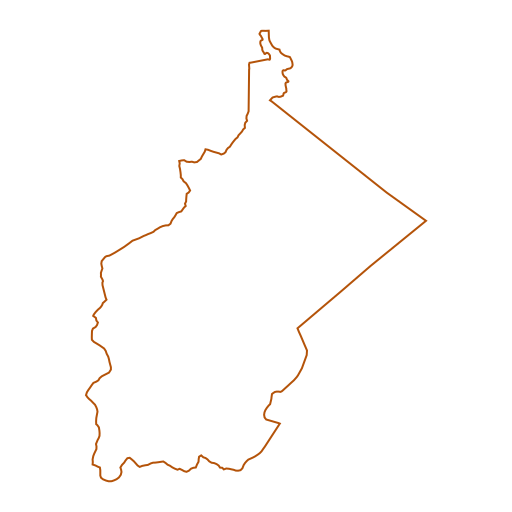 outline of Su-Ngai Padi, Narathiwat, Thailand
{"feature_id": "78962969B52628429870613", "entity_name": "Su-Ngai Padi", "entity_type": "district", "adm_level": 2, "iso_a3": "THA", "parent_name": "Thailand", "parent_adm1": "Narathiwat", "projection": "mercator", "projection_center": [101.895, 6.128], "detail": "fine", "context": "isolated", "style": "outline", "palette": "amber", "viewbox_px": 512, "rotation_deg": 0, "n_neighbors": 0, "source": "geoboundaries", "source_scale": "gbopen_adm2", "svg_char_len": 5802}
<svg xmlns="http://www.w3.org/2000/svg" viewBox="0 0 512 512"><path d="M93.2,315.9L95.9,317.9L96.4,320.6L97.9,322.5L97.0,325.1L95.6,327.0L92.9,328.6L92.0,330.9L91.9,333.3L91.8,337.3L91.9,339.8L93.9,341.9L96.6,343.5L99.7,345.4L104.1,348.5L105.7,350.9L106.7,353.8L108.2,356.6L108.9,359.0L109.5,362.0L110.3,365.0L110.9,367.2L110.9,369.6L109.0,372.6L103.7,375.3L101.8,376.3L99.6,378.2L98.4,380.3L96.4,381.6L93.4,382.9L91.6,385.3L90.0,387.7L88.4,389.9L86.9,392.3L86.0,395.2L86.7,396.1L87.4,397.2L89.1,399.0L91.0,400.6L93.0,402.7L95.0,404.7L96.3,407.2L97.1,409.4L97.5,411.7L96.9,414.8L96.3,418.0L96.1,421.1L96.2,424.2L97.3,425.1L98.9,427.4L99.4,430.6L99.6,433.1L99.5,435.9L98.7,438.1L97.6,440.1L96.0,444.0L96.5,446.5L96.4,449.1L94.2,453.7L93.3,456.0L92.6,459.4L92.8,462.1L92.6,464.5L95.5,465.5L97.8,466.7L99.9,467.5L100.3,470.2L100.3,475.6L101.0,477.7L103.0,479.3L106.1,480.6L108.8,481.3L111.7,481.2L114.2,480.3L116.6,479.2L118.9,477.5L120.8,474.8L121.5,472.0L121.1,469.7L120.4,467.5L122.0,464.9L124.2,462.6L125.5,460.5L127.4,458.2L129.7,457.8L131.6,459.3L133.9,461.3L137.6,465.5L139.7,466.9L142.2,465.9L145.1,465.3L147.9,464.9L150.8,463.4L153.0,462.7L155.4,462.6L158.5,462.2L161.1,461.8L163.3,461.5L165.5,462.9L167.6,464.7L169.9,465.7L172.2,467.3L174.7,468.6L177.5,469.7L179.6,468.8L182.1,470.0L184.2,471.2L186.5,471.8L188.9,470.7L191.0,468.7L193.3,467.8L195.8,467.5L197.0,464.5L198.5,461.8L198.7,459.0L199.1,456.7L201.2,455.4L203.3,457.3L205.5,458.0L207.5,459.4L209.2,461.3L211.5,462.7L214.2,463.1L216.6,464.1L218.7,465.6L220.0,467.6L222.3,467.8L223.8,469.4L226.3,468.5L229.2,468.8L231.3,469.3L233.7,469.8L235.8,470.6L238.1,470.7L240.5,470.2L242.4,468.3L243.7,465.0L245.1,462.9L246.6,461.2L248.3,459.6L250.8,458.5L253.0,457.5L254.9,456.5L257.8,454.6L259.7,453.2L261.5,451.4L263.2,448.9L264.8,446.7L279.8,423.6L278.6,423.1L266.2,419.5L264.6,417.5L264.1,414.8L264.5,412.3L265.4,410.1L266.8,407.9L268.7,405.5L270.1,404.2L271.4,398.7L271.5,397.4L272.0,394.0L273.0,393.2L274.8,392.0L276.7,391.6L278.6,391.6L280.4,391.9L281.6,391.4L282.5,390.7L285.0,388.4L287.9,385.8L290.9,383.0L293.9,380.3L296.8,377.0L298.0,375.3L301.9,368.3L306.7,355.1L307.0,350.5L304.2,344.0L300.9,336.2L298.9,331.8L297.5,328.3L341.6,290.9L370.6,265.9L426.0,220.8L386.7,192.6L271.8,101.5L270.0,100.3L271.8,98.3L272.5,97.6L272.8,97.4L275.7,96.6L276.7,96.4L277.3,96.4L277.7,96.6L278.3,96.8L278.6,96.9L279.3,96.9L280.0,96.8L280.4,96.7L280.9,96.6L281.9,96.1L282.6,95.9L282.9,95.8L283.1,95.5L283.3,94.9L283.4,94.6L283.6,93.5L283.8,93.2L284.1,92.9L285.6,92.3L286.1,92.0L286.4,91.6L286.5,91.3L286.5,90.9L286.4,90.4L286.3,89.5L286.3,88.7L286.2,88.3L286.0,87.4L285.8,86.4L285.6,85.6L285.5,84.2L285.5,83.4L285.7,83.1L285.9,82.7L286.1,82.6L287.0,82.2L287.9,82.0L288.2,81.8L288.4,81.6L288.4,81.2L288.2,81.0L287.5,80.3L287.2,80.0L287.0,79.8L286.4,78.1L286.1,77.7L285.8,77.5L285.6,77.3L285.3,77.1L284.8,76.9L284.6,76.8L284.3,76.5L283.3,75.1L283.0,74.4L282.8,74.1L282.7,73.6L282.6,73.2L282.5,72.0L282.5,71.6L282.6,71.2L282.7,70.8L282.9,70.6L283.1,70.4L283.4,70.3L283.8,70.2L284.0,70.3L284.7,70.5L284.9,70.5L285.2,70.4L285.4,70.4L285.7,70.2L286.5,69.5L286.7,69.3L287.0,69.2L287.5,69.0L287.9,68.9L290.0,68.4L290.5,68.2L290.9,67.8L291.2,67.6L291.8,66.9L292.1,66.5L292.4,65.7L292.5,65.5L292.6,64.8L292.5,64.0L292.3,62.6L292.1,61.7L291.6,60.5L290.1,57.5L289.9,57.1L289.6,56.9L288.8,56.8L288.1,56.5L287.3,56.4L286.7,56.2L285.1,55.7L284.7,55.5L284.0,55.1L282.1,53.8L281.5,53.3L281.1,53.0L280.9,52.7L280.6,52.4L280.4,52.0L279.7,50.6L279.6,50.1L279.5,49.6L276.1,48.7L275.8,48.6L274.5,47.9L274.2,47.6L273.7,47.2L272.8,46.3L272.3,45.7L271.7,44.7L270.1,41.8L269.6,40.8L269.3,39.9L269.2,39.1L269.0,38.0L268.9,37.2L268.7,30.7L265.3,30.9L264.2,30.8L263.6,30.8L261.8,30.8L261.4,30.9L261.1,31.0L260.9,31.2L260.2,32.5L259.7,33.4L259.5,33.7L259.5,33.9L259.6,34.2L259.7,34.3L259.9,34.7L260.9,35.9L261.4,36.9L262.4,38.7L262.6,39.1L262.6,39.3L262.6,39.7L262.4,39.9L262.2,40.0L261.1,40.5L260.7,40.9L260.6,41.0L260.4,41.5L260.3,42.2L260.3,43.4L260.4,43.8L260.5,44.2L260.8,45.1L261.2,46.0L261.7,46.8L261.9,47.3L262.1,47.6L262.2,48.0L262.2,48.3L262.3,49.8L262.5,50.5L262.8,51.1L263.7,52.4L264.4,53.7L264.5,53.9L264.9,54.0L265.0,54.0L266.2,53.1L266.4,52.9L266.7,52.9L267.0,52.9L267.6,53.0L268.0,53.2L268.4,53.5L268.9,54.0L269.4,54.7L269.7,55.1L269.9,55.5L270.0,55.9L270.0,56.7L270.1,58.5L270.0,59.0L269.8,59.5L269.6,59.7L267.8,59.3L251.6,62.5L249.5,62.8L249.0,64.6L249.3,68.9L249.1,69.2L248.6,111.3L247.7,113.7L246.6,115.9L246.4,118.5L247.1,120.8L245.3,122.7L244.7,125.0L244.9,127.9L243.2,129.4L242.0,131.5L240.3,133.4L238.5,135.3L237.5,137.4L235.6,138.9L234.1,140.7L232.6,142.6L231.2,144.6L229.9,146.7L227.9,148.1L226.5,149.9L225.5,152.2L223.8,153.6L221.2,154.5L219.0,153.3L213.5,151.8L210.6,150.8L208.1,149.8L205.5,149.3L204.8,151.6L201.9,156.5L200.8,158.9L198.8,160.5L197.0,162.0L194.3,162.4L191.9,161.7L189.4,162.0L186.6,161.7L184.2,160.2L181.9,160.4L179.2,161.0L179.7,163.4L179.3,166.0L180.0,168.9L180.5,172.3L180.8,175.1L180.8,177.5L182.5,179.2L183.6,181.3L186.0,183.2L187.5,185.5L188.8,187.9L190.1,190.5L188.7,192.5L186.7,193.8L186.4,196.6L186.2,199.0L186.1,201.5L185.0,203.7L185.7,206.0L184.0,207.6L182.7,209.4L181.3,211.4L178.7,212.2L176.7,213.1L175.6,215.1L174.3,217.2L172.8,219.0L171.6,220.9L170.5,223.7L168.4,225.3L165.7,225.4L162.7,226.1L159.9,227.3L158.0,228.5L155.2,230.1L153.5,231.8L150.7,233.1L148.0,234.1L145.9,235.1L143.8,235.9L139.1,238.3L132.5,240.7L129.4,243.1L124.0,247.0L114.8,252.7L111.5,254.5L109.4,255.6L106.4,256.2L105.0,257.1L101.7,261.1L101.3,263.7L101.8,266.2L102.4,268.5L101.7,270.4L100.9,272.9L101.0,275.1L100.9,276.7L102.5,279.6L103.0,281.1L102.4,282.7L102.5,285.1L105.6,297.5L106.5,299.7L104.3,301.8L102.8,303.1L102.3,304.7L101.2,306.5L100.0,307.9L98.1,309.5L95.7,312.0L93.8,314.5L93.2,315.9Z" fill="none" stroke="#b45309" stroke-width="2"/></svg>